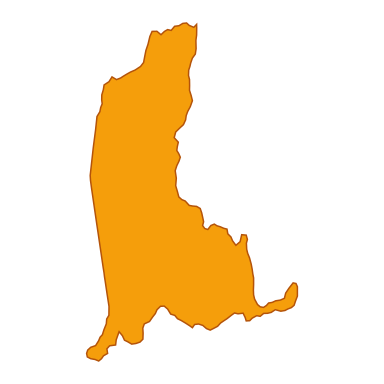 Santa Cruz da Vitória, Bahia, Brazil
{"feature_id": "56859067B68810500178661", "entity_name": "Santa Cruz da Vitória", "entity_type": "district", "adm_level": 2, "iso_a3": "BRA", "parent_name": "Brazil", "parent_adm1": "Bahia", "projection": "natural_earth1", "projection_center": [-39.793, -14.879], "detail": "fine", "context": "isolated", "style": "filled", "palette": "amber", "viewbox_px": 384, "rotation_deg": 0, "n_neighbors": 0, "source": "geoboundaries", "source_scale": "gbopen_adm2", "svg_char_len": 2671}
<svg xmlns="http://www.w3.org/2000/svg" viewBox="0 0 384 384"><path d="M87.3,356.9L90.7,358.7L95.1,359.5L98.7,361.0L101.5,358.7L103.5,355.8L107.6,353.4L106.9,348.8L109.6,345.8L115.6,345.0L116.2,339.9L117.7,335.6L119.1,331.7L122.4,335.7L124.5,340.2L127.6,341.7L131.7,344.1L135.9,343.5L140.0,342.1L142.9,339.2L143.1,333.2L142.8,328.1L144.3,323.9L149.5,321.5L152.7,316.9L155.3,313.6L157.0,309.7L160.5,306.3L164.2,306.1L167.6,309.0L170.7,314.1L174.8,315.4L177.5,318.7L181.2,320.5L185.4,323.0L189.6,325.7L192.4,327.7L194.6,324.5L198.5,324.0L202.8,325.4L206.5,328.6L210.2,330.1L213.6,328.4L217.6,326.3L220.6,323.0L223.8,320.8L227.0,318.7L231.3,315.3L234.5,313.0L238.0,313.8L243.1,313.2L245.2,317.6L246.2,320.9L249.7,320.7L252.3,318.1L256.7,315.7L260.2,316.3L263.7,313.4L267.5,313.3L271.2,312.4L275.3,309.7L280.8,311.2L285.0,310.5L287.8,309.0L291.4,307.6L294.1,305.3L295.6,300.8L297.4,296.1L297.4,291.6L297.4,286.7L296.0,283.5L293.1,282.9L288.9,288.3L285.7,293.1L284.4,298.3L280.3,300.1L275.7,300.8L272.2,302.4L268.6,303.0L266.4,305.5L263.5,307.4L260.2,306.8L257.5,304.5L254.6,299.1L253.6,294.9L253.4,290.1L253.6,284.6L253.6,277.9L252.8,273.8L252.2,269.4L251.2,264.1L249.5,257.8L247.7,253.4L246.7,249.3L246.4,243.2L247.4,239.4L246.2,235.1L241.7,234.7L240.1,241.7L235.9,245.3L232.6,240.9L230.9,236.9L227.8,233.8L227.0,229.1L223.8,228.3L220.1,226.7L217.0,225.8L214.3,224.1L210.9,225.5L207.8,229.5L204.7,228.5L202.6,225.5L203.6,221.8L202.8,217.9L201.7,212.9L200.2,208.5L196.6,206.4L192.4,206.0L189.2,205.4L185.2,201.0L181.8,199.6L178.8,196.9L177.5,191.9L175.7,185.7L176.3,178.2L175.2,170.7L176.8,165.7L179.0,161.1L180.3,157.2L178.7,153.6L176.8,150.5L177.3,146.7L178.3,142.2L174.2,137.7L175.7,132.0L180.1,127.7L183.4,124.7L185.6,119.9L186.2,115.6L187.7,111.5L190.3,106.6L192.4,100.7L191.2,95.7L189.5,90.3L189.6,85.5L189.5,79.5L188.5,75.5L188.7,70.1L189.9,66.5L190.7,63.0L192.4,58.1L195.3,54.1L196.1,48.7L196.0,44.7L195.9,40.4L196.6,35.1L196.7,28.2L196.6,24.4L193.8,27.3L189.2,25.4L186.6,23.0L182.8,23.4L179.0,25.7L174.6,26.3L171.2,30.4L167.6,29.6L164.5,31.4L161.0,34.7L156.9,31.3L152.1,31.4L149.9,36.4L148.0,44.3L145.9,50.5L144.6,57.1L143.6,62.5L140.5,66.5L135.0,70.1L130.6,72.0L127.0,74.0L123.2,76.3L120.6,78.0L116.5,79.6L112.0,76.9L109.0,81.7L104.1,84.9L103.3,89.8L101.8,94.9L101.7,99.9L102.2,103.8L100.7,107.5L99.9,111.7L97.0,116.5L95.6,129.7L93.3,147.4L90.2,175.5L90.5,180.4L91.5,187.9L96.7,223.6L98.1,233.0L103.2,267.7L104.0,272.6L104.5,276.8L105.1,280.6L107.1,294.1L109.0,306.4L108.9,315.3L106.7,319.0L106.3,323.9L104.0,329.6L102.4,334.7L100.1,337.2L98.6,340.8L95.6,345.6L90.7,347.3L87.7,350.1L86.6,353.4L87.3,356.9Z" fill="#f59e0b" stroke="#b45309" stroke-width="1.5"/></svg>